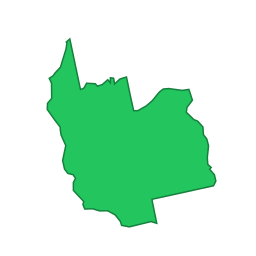 Solano, California, United States of America (Robinson projection), rotated 78°
{"feature_id": "52423323B43221954300759", "entity_name": "Solano", "entity_type": "district", "adm_level": 2, "iso_a3": "USA", "parent_name": "United States of America", "parent_adm1": "California", "projection": "robinson", "projection_center": [-122.002, 38.285], "detail": "fine", "context": "isolated", "style": "filled", "palette": "green", "viewbox_px": 256, "rotation_deg": 78, "n_neighbors": 0, "source": "geoboundaries", "source_scale": "gbopen_adm2", "svg_char_len": 1100}
<svg xmlns="http://www.w3.org/2000/svg" viewBox="0 0 256 256"><g transform="rotate(78 128 128)"><path d="M102.9,60.4L102.5,67.1L97.9,79.9L97.2,85.4L99.3,89.8L106.3,98.5L110.2,105.6L113.1,114.8L112.2,118.9L95.4,119.0L77.8,118.9L78.4,125.7L82.1,132.0L76.3,131.7L75.2,134.8L80.1,135.9L76.6,137.8L80.2,144.2L80.7,149.2L77.9,150.8L75.6,159.2L79.5,162.5L80.2,164.2L80.4,166.5L28.8,166.4L31.1,170.5L32.0,170.0L38.1,172.3L50.6,179.3L54.4,181.3L59.0,187.9L61.4,190.4L63.0,194.7L68.2,193.5L83.2,196.5L87.1,201.6L93.1,203.1L103.7,198.5L104.7,198.1L113.1,194.1L115.7,194.6L121.1,194.9L132.2,192.5L146.2,198.7L155.0,198.6L159.9,196.3L161.6,192.9L162.1,191.5L166.3,189.8L170.0,192.8L177.7,194.4L190.7,186.6L193.5,188.0L198.3,187.1L199.7,179.3L203.2,173.0L204.7,165.2L210.3,158.6L217.8,154.9L221.9,154.5L225.0,147.2L224.3,125.0L227.2,119.7L204.5,119.5L202.7,119.3L202.3,56.4L198.2,53.1L191.7,53.2L185.3,56.7L183.9,54.8L180.2,57.5L173.5,56.6L162.1,52.9L155.2,53.2L150.2,55.6L142.6,54.5L135.8,58.4L133.4,61.9L124.7,67.7L120.1,66.0L114.2,59.2L102.9,60.4Z" fill="#22c55e" stroke="#15803d" stroke-width="1.5"/></g></svg>